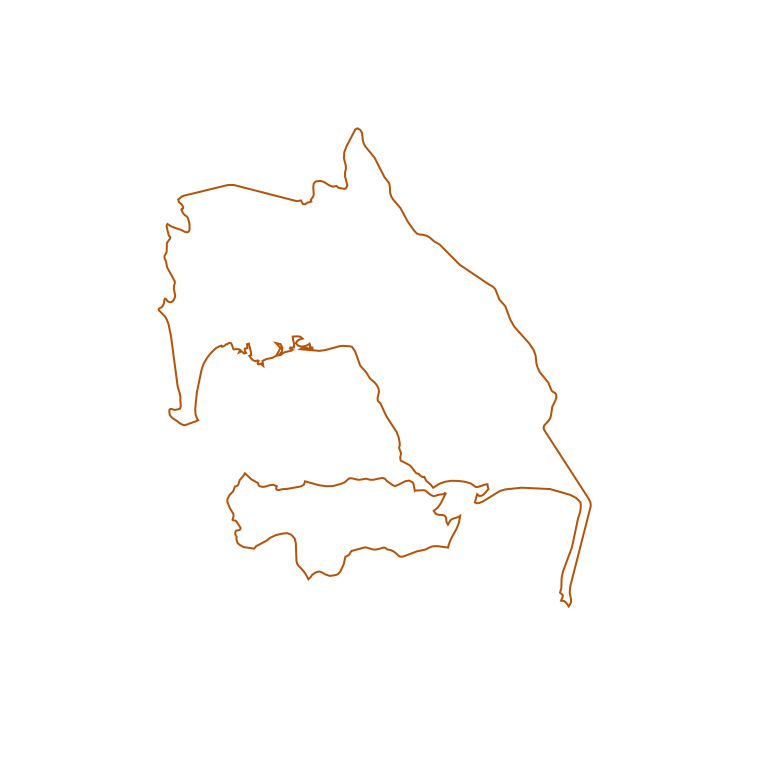 an SVG outline of Zulia, rotated 119°
{"feature_id": "VEN-31", "entity_name": "Zulia", "entity_type": "State", "adm_level": 1, "iso_a3": "VEN", "parent_name": "Venezuela", "parent_adm1": "", "projection": "mercator", "projection_center": [-71.765, 10.117], "detail": "fine", "context": "isolated", "style": "outline", "palette": "amber", "viewbox_px": 768, "rotation_deg": 119, "n_neighbors": 0, "source": "natural_earth", "source_scale": "10m", "svg_char_len": 6167}
<svg xmlns="http://www.w3.org/2000/svg" viewBox="0 0 768 768"><g transform="rotate(119 384 384)"><path d="M484.4,114.5L489.0,114.6L487.0,118.4L486.5,121.2L487.7,124.1L483.5,124.6L482.3,125.0L481.7,126.2L481.2,128.9L476.4,130.0L467.6,134.6L461.5,136.5L435.9,140.4L407.2,149.2L401.3,150.3L397.6,151.6L394.1,153.4L392.1,155.0L390.5,160.7L390.7,167.5L395.4,187.9L408.0,213.4L417.3,226.7L421.3,230.7L439.2,240.8L441.5,242.7L443.3,244.9L443.5,247.1L435.2,249.1L435.8,246.7L434.7,244.7L432.4,243.3L425.2,241.7L423.3,243.7L421.5,244.9L422.8,246.7L428.4,251.8L429.6,253.8L428.9,259.9L430.4,266.2L433.0,272.6L436.0,278.1L439.7,283.0L444.5,287.2L450.9,290.7L449.4,294.2L448.1,300.3L445.7,303.7L446.5,304.9L446.7,306.5L446.5,308.3L445.7,309.9L446.4,312.4L445.2,315.6L443.5,319.1L442.6,322.3L442.8,330.8L443.0,331.7L442.8,332.3L441.5,333.5L440.5,334.1L436.3,335.5L432.5,339.9L430.0,340.5L427.5,342.0L423.7,345.2L419.9,349.7L411.0,366.4L402.7,377.7L401.8,381.2L399.4,382.8L393.3,384.6L390.8,386.4L388.8,389.2L387.4,392.4L386.0,398.9L382.5,405.1L379.4,413.8L369.4,425.2L367.1,429.9L367.5,432.0L370.4,438.2L372.3,441.0L382.7,451.7L386.3,456.5L394.2,474.1L391.5,472.6L390.2,469.7L389.4,466.3L388.0,463.4L386.8,464.4L388.0,466.6L386.0,467.3L384.8,468.7L387.1,469.7L389.5,471.8L391.4,474.6L392.1,477.7L391.1,480.8L388.6,480.9L385.8,479.3L383.8,477.2L383.2,480.0L384.4,483.1L386.8,486.8L389.2,485.1L392.6,482.0L395.8,480.5L397.4,483.5L398.5,483.5L398.5,480.5L400.1,481.5L404.2,486.2L405.8,487.3L408.6,488.3L409.9,489.9L405.3,489.0L401.3,490.6L399.3,494.0L400.6,498.4L402.7,492.0L411.6,492.0L415.4,494.4L419.0,498.8L422.7,501.5L426.7,498.4L426.2,500.9L425.8,501.6L427.4,502.9L427.7,504.1L426.8,504.8L424.6,504.8L424.6,505.9L426.5,507.7L426.7,510.3L425.9,513.2L424.6,515.4L423.1,514.1L420.1,516.3L414.2,521.8L415.6,523.1L419.0,520.8L420.5,522.9L422.5,521.8L423.7,519.7L425.2,521.2L424.4,524.5L426.7,526.1L423.9,526.3L424.1,528.4L426.7,532.4L423.1,536.5L422.5,537.7L423.0,539.4L425.3,540.5L425.8,541.4L426.7,541.5L428.6,542.5L429.9,543.6L429.2,544.7L430.7,546.1L434.1,548.4L440.3,550.3L447.0,551.4L453.8,551.6L460.3,550.4L482.3,543.5L497.2,537.1L502.2,533.9L505.3,530.2L505.7,529.0L507.4,530.1L516.6,538.2L517.3,540.5L517.3,544.2L516.7,546.5L516.4,552.8L515.0,556.3L512.6,558.2L510.5,559.2L509.3,558.6L508.6,556.9L508.4,555.1L507.2,553.2L504.6,550.5L502.1,550.9L496.2,554.7L493.8,555.9L490.7,558.6L486.3,563.2L445.7,593.3L436.1,601.5L433.1,605.0L431.2,608.1L428.7,616.5L428.0,617.3L427.3,617.4L424.7,615.8L423.0,615.3L420.2,615.6L416.3,617.0L415.5,616.9L415.3,616.2L416.5,613.4L416.6,612.6L416.3,610.9L415.4,609.7L414.0,608.9L413.0,608.7L409.2,608.9L408.0,609.4L402.6,614.0L399.7,615.3L397.6,615.7L395.7,616.7L387.0,630.4L382.4,634.1L380.8,636.4L379.6,637.4L378.7,638.0L373.9,638.1L366.2,642.1L365.4,642.2L360.8,641.7L359.7,641.9L358.7,643.0L358.6,644.1L351.5,650.6L350.1,651.0L349.0,651.0L349.3,646.2L348.5,640.7L347.6,636.5L347.4,631.2L346.7,629.7L345.9,629.0L344.6,628.7L343.1,629.0L338.0,631.9L333.8,636.1L333.1,637.4L332.9,640.1L332.1,642.5L329.6,645.9L329.0,645.8L327.8,644.8L326.7,645.4L325.0,647.9L324.4,651.3L322.5,653.5L321.1,652.8L318.1,651.8L316.3,650.3L285.8,617.2L282.8,612.0L266.3,548.7L263.7,545.7L265.9,542.1L265.1,540.3L262.5,538.8L259.6,536.0L258.5,537.3L254.3,536.8L252.4,537.3L245.9,541.4L242.8,542.6L239.9,541.9L237.2,538.1L236.4,534.7L236.8,528.2L236.2,524.4L233.8,521.5L234.5,519.0L232.6,513.4L231.6,512.2L228.1,512.3L221.5,518.6L218.0,520.6L214.1,521.7L211.4,523.4L206.1,528.4L200.6,531.1L194.3,532.0L175.3,532.5L173.3,531.2L173.3,527.9L175.1,524.9L180.8,520.9L183.5,518.3L185.4,515.2L190.7,501.9L202.9,483.8L205.8,476.9L208.1,474.9L214.2,471.0L216.6,468.4L218.2,465.5L222.1,455.0L230.5,441.9L235.3,432.0L236.5,428.0L235.9,425.1L234.6,422.3L233.6,418.3L233.7,415.1L235.0,409.0L235.0,403.0L243.0,375.6L246.0,341.6L246.1,335.6L247.2,332.5L254.3,323.9L257.1,315.7L266.5,304.7L270.7,297.9L278.1,276.7L281.6,269.8L285.6,265.2L292.3,260.5L295.1,257.7L297.9,253.9L303.2,240.9L308.5,234.3L308.9,232.8L309.0,229.8L309.7,228.4L312.4,226.6L315.7,226.1L322.3,225.8L330.8,222.6L333.9,222.0L336.9,222.3L342.6,223.8L345.2,223.1L346.8,221.1L384.9,149.8L387.5,146.0L390.5,144.0L470.3,123.1L476.4,120.5L481.7,116.0L484.4,114.5ZM529.5,462.3L531.7,453.7L531.7,446.4L533.4,444.4L533.7,443.2L532.7,440.0L530.8,437.6L528.1,435.1L525.9,432.1L525.3,428.2L526.9,428.0L528.0,427.5L528.4,426.1L528.0,424.9L525.3,421.9L522.5,417.6L514.2,407.4L511.0,405.2L507.4,405.9L504.1,392.0L501.5,385.1L498.1,379.3L492.3,373.3L488.9,370.7L483.4,368.7L482.0,366.2L480.3,360.1L478.9,358.0L475.7,354.1L474.4,349.5L473.0,347.0L467.3,340.4L466.6,338.8L466.4,337.3L467.4,334.9L468.3,326.8L467.8,324.8L465.5,322.8L458.6,318.2L456.2,315.0L456.2,311.1L456.9,309.9L462.6,305.2L461.9,304.8L457.6,297.7L457.2,296.1L458.3,290.0L458.3,287.6L457.8,285.8L454.1,282.2L451.4,278.5L449.9,278.0L449.9,277.0L461.1,276.5L465.9,277.0L470.9,279.0L472.5,275.5L471.8,272.4L470.3,269.6L469.7,267.2L470.8,264.9L474.5,262.4L476.0,259.9L472.1,259.9L470.6,259.7L468.8,258.8L464.3,254.5L462.4,253.5L469.0,251.2L475.1,250.4L487.7,250.3L494.1,249.3L496.0,248.6L499.9,258.7L501.5,261.5L503.1,263.4L506.1,265.8L508.5,267.3L514.4,274.0L525.6,283.6L526.8,285.2L527.3,287.4L525.9,293.2L525.8,295.1L526.1,297.9L527.1,301.0L526.7,303.6L527.1,304.7L528.1,306.0L530.5,308.2L533.0,311.2L534.1,313.6L535.7,320.8L536.8,322.2L545.6,331.3L546.5,331.7L550.3,331.7L553.9,334.0L561.3,331.8L569.3,331.3L573.0,332.3L575.1,334.3L578.1,338.3L579.0,343.0L578.9,346.8L579.2,349.3L580.6,351.3L583.0,353.0L585.9,354.4L588.2,354.5L591.4,355.5L588.7,359.6L587.4,362.1L585.9,365.7L584.4,370.9L583.4,372.7L581.1,374.8L565.9,384.0L562.3,387.4L560.8,392.0L561.3,396.1L563.8,400.0L568.7,405.4L573.7,409.0L578.0,410.8L587.9,417.2L590.9,417.7L594.7,427.7L594.7,432.1L594.0,435.2L591.7,437.5L588.9,439.0L587.7,441.1L585.8,442.2L584.1,442.3L581.9,439.8L581.0,439.3L579.9,439.4L579.2,439.9L575.6,446.9L575.6,448.0L576.4,449.8L576.3,450.6L572.3,451.6L570.6,452.8L567.1,459.0L563.2,463.7L561.8,464.6L560.6,465.1L555.9,465.3L551.0,463.9L546.0,464.7L544.4,463.2L543.6,462.8L542.5,462.7L538.1,463.6L532.0,462.4L529.5,462.3Z" fill="none" stroke="#b45309" stroke-width="2"/></g></svg>